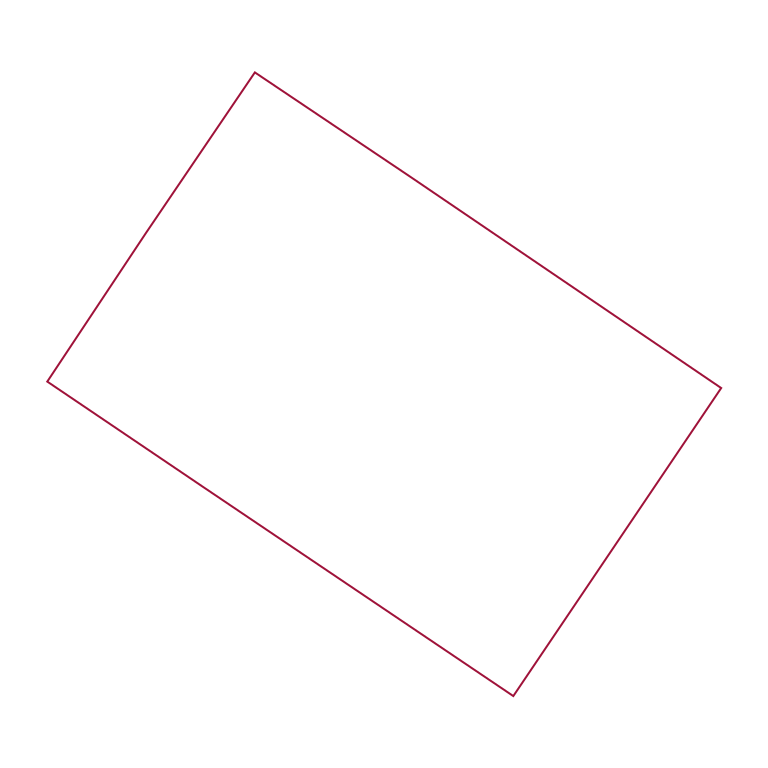 Newaygo, Michigan, United States of America (Mercator projection), rotated 124°
{"feature_id": "52423323B33959656168293", "entity_name": "Newaygo", "entity_type": "district", "adm_level": 2, "iso_a3": "USA", "parent_name": "United States of America", "parent_adm1": "Michigan", "projection": "mercator", "projection_center": [-85.798, 43.554], "detail": "fine", "context": "isolated", "style": "outline", "palette": "rose", "viewbox_px": 768, "rotation_deg": 124, "n_neighbors": 0, "source": "geoboundaries", "source_scale": "gbopen_adm2", "svg_char_len": 262}
<svg xmlns="http://www.w3.org/2000/svg" viewBox="0 0 768 768"><g transform="rotate(124 384 384)"><path d="M392.2,665.8L570.3,664.5L570.5,477.5L570.4,102.3L198.8,102.2L197.5,478.2L197.9,665.3L392.2,665.8Z" fill="none" stroke="#9f1239" stroke-width="2"/></g></svg>